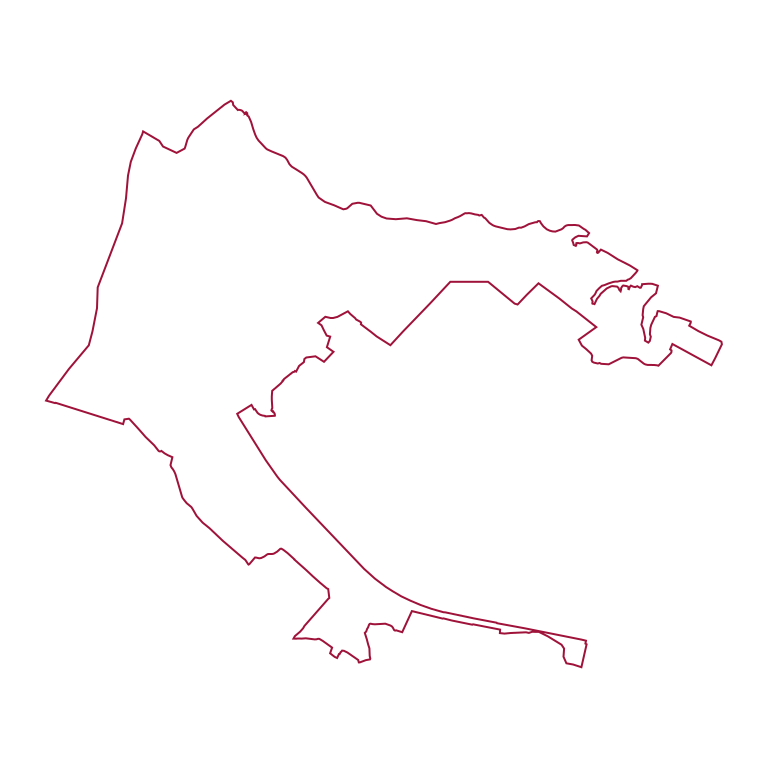 Cernavoda, Constanta, Romania
{"feature_id": "2599482B32404237581022", "entity_name": "Cernavoda", "entity_type": "district", "adm_level": 2, "iso_a3": "ROU", "parent_name": "Romania", "parent_adm1": "Constanta", "projection": "robinson", "projection_center": [28.079, 44.315], "detail": "fine", "context": "isolated", "style": "outline", "palette": "rose", "viewbox_px": 768, "rotation_deg": 0, "n_neighbors": 0, "source": "geoboundaries", "source_scale": "gbopen_adm2", "svg_char_len": 6118}
<svg xmlns="http://www.w3.org/2000/svg" viewBox="0 0 768 768"><path d="M122.1,223.3L97.7,287.4L97.0,308.2L92.5,331.2L88.8,345.3L68.9,369.0L49.1,395.6L46.1,400.6L55.1,403.1L55.7,402.8L123.1,424.1L124.4,419.4L128.9,418.7L130.0,419.6L138.3,428.7L145.6,437.0L154.2,445.3L158.5,450.8L159.2,451.3L159.9,451.4L160.8,451.3L161.4,450.9L164.5,453.3L167.8,455.2L172.4,457.2L170.5,465.1L171.4,467.4L173.0,469.4L174.3,471.6L175.4,474.1L182.2,497.2L182.7,498.1L184.4,500.4L186.7,503.2L191.4,507.1L192.7,509.1L196.6,515.9L202.6,522.6L209.5,528.2L222.9,540.9L242.6,557.8L245.3,559.9L248.3,564.4L248.6,564.6L249.4,564.1L255.0,557.5L256.2,557.6L259.2,558.3L261.2,558.0L264.3,556.5L267.5,554.2L268.7,554.0L272.1,554.0L273.7,553.7L277.1,551.7L280.3,548.8L281.4,548.7L283.3,549.8L287.6,553.1L294.4,559.3L294.3,559.5L306.1,570.0L312.7,576.2L319.9,582.6L326.7,588.3L328.2,589.0L329.3,598.0L328.1,599.0L304.4,626.0L303.1,628.3L300.1,631.7L294.9,636.1L293.5,638.6L296.9,638.7L296.7,638.6L298.5,638.5L301.7,638.6L305.8,638.3L314.7,639.4L316.4,639.3L318.1,638.8L319.4,638.9L322.9,641.0L332.1,647.6L330.1,653.3L334.7,656.9L337.1,658.0L339.0,654.0L339.6,654.1L340.7,652.0L341.2,651.8L342.1,650.6L343.9,650.8L347.4,652.5L358.2,660.0L358.8,662.4L359.8,662.4L366.0,660.1L370.0,659.4L370.3,658.6L369.7,655.9L369.4,648.3L368.2,644.6L366.8,639.2L364.8,632.9L366.2,631.5L367.1,628.9L368.0,627.5L369.1,624.6L369.7,623.9L370.6,623.7L372.5,624.1L374.8,624.3L385.3,623.7L390.4,625.5L391.9,626.4L392.8,627.5L394.1,630.0L395.1,630.6L396.1,630.3L402.2,632.2L411.9,611.1L442.7,618.6L443.5,618.4L451.8,620.5L472.3,624.7L473.0,624.3L500.1,629.6L499.9,633.1L504.5,633.6L510.8,633.0L526.0,632.3L528.9,632.9L532.1,631.8L538.9,631.9L547.8,636.3L561.5,644.7L564.1,648.6L563.5,656.7L566.4,663.3L573.1,664.5L581.4,667.2L586.6,644.3L585.4,643.6L586.0,640.7L581.5,639.6L525.3,628.4L497.0,623.2L496.6,622.7L473.9,618.4L445.5,612.4L443.3,612.2L431.4,608.8L420.6,605.0L410.7,600.8L401.2,596.3L392.6,591.2L386.0,587.0L375.0,578.7L364.1,568.9L305.8,507.7L280.0,480.0L277.2,476.5L265.8,460.3L238.7,417.0L237.2,413.8L251.5,404.9L254.0,409.4L255.0,409.1L257.5,412.8L258.6,413.8L260.3,414.8L262.4,415.5L265.0,415.9L265.3,416.4L274.7,415.8L274.7,415.2L274.9,415.1L274.6,413.5L273.2,411.5L272.9,411.9L271.5,410.6L271.8,410.2L271.6,409.5L272.3,408.0L271.8,399.6L271.8,396.5L272.2,390.8L280.6,383.6L283.1,380.7L282.8,380.5L284.3,378.8L292.7,372.2L294.4,371.7L294.9,371.0L296.1,371.6L299.1,365.9L303.9,362.1L304.4,359.0L306.3,357.5L315.5,356.3L324.0,361.8L333.5,351.8L326.9,347.2L330.2,336.6L326.7,335.6L323.9,330.3L321.5,325.3L318.1,322.9L325.3,316.8L330.6,318.0L333.1,318.0L337.4,316.9L347.9,311.3L350.2,313.9L355.2,318.2L356.1,319.5L359.8,321.5L360.9,322.3L361.2,323.0L360.9,324.3L371.0,331.9L376.6,336.4L390.4,345.2L403.2,331.3L430.1,303.4L450.3,281.8L488.1,281.8L514.6,303.6L517.6,304.5L526.6,295.0L538.5,283.3L559.3,298.5L571.8,308.5L576.4,311.4L596.3,327.1L578.7,339.7L581.9,345.6L586.2,349.1L591.1,353.6L592.2,355.8L591.6,360.3L592.3,361.8L593.9,362.6L597.8,363.5L599.6,363.0L601.1,363.8L608.7,364.3L621.6,357.8L623.3,357.4L635.8,358.2L637.8,358.9L643.6,363.5L645.3,364.4L647.5,364.9L654.1,365.0L657.1,365.3L658.4,365.7L670.9,353.1L671.4,352.2L671.5,350.4L670.1,349.4L672.4,344.0L711.4,365.3L715.1,358.3L721.9,344.3L721.4,341.7L718.9,340.3L707.5,335.6L698.4,331.1L689.2,325.7L690.7,322.8L690.8,321.5L679.6,317.6L673.7,316.9L666.3,313.3L658.9,311.1L657.7,311.1L657.1,313.2L656.5,316.1L654.9,316.9L651.2,324.8L650.4,327.9L649.9,334.2L650.8,336.7L649.8,341.0L648.3,342.6L644.9,340.6L645.2,337.9L643.3,329.0L641.4,324.7L643.2,317.2L642.6,315.2L643.2,309.1L643.8,306.2L651.1,297.3L656.0,293.3L657.9,285.7L652.1,283.8L648.8,283.7L642.1,284.2L642.1,285.0L640.8,287.7L639.9,287.8L637.3,286.2L635.2,287.1L633.3,286.7L630.9,285.6L629.9,286.7L628.9,289.2L628.4,289.0L628.4,287.2L627.8,286.5L626.1,286.0L623.2,285.5L622.1,286.5L621.1,288.2L621.1,289.5L620.6,291.3L619.3,289.9L618.4,287.8L617.1,286.6L612.5,286.1L611.2,286.3L606.8,288.4L600.7,293.8L599.4,296.0L597.0,298.8L594.5,304.1L593.7,303.8L592.5,303.7L592.3,303.3L592.6,301.3L591.2,298.4L594.7,294.7L595.4,293.5L596.5,291.0L599.2,288.2L601.9,285.8L604.5,285.1L608.4,283.5L613.4,281.9L615.4,281.6L617.5,281.6L620.8,280.8L626.3,280.8L627.7,279.7L629.0,279.3L630.9,278.1L636.0,272.6L637.3,270.9L637.5,270.3L629.9,265.5L617.7,259.3L607.5,252.8L600.9,249.6L598.2,252.7L597.4,252.9L596.9,252.2L597.4,250.4L597.0,249.5L587.8,242.6L586.4,242.2L583.2,242.4L579.9,243.4L578.0,243.0L576.4,243.1L576.1,244.5L576.4,244.8L575.8,245.9L573.7,245.0L573.1,242.6L572.2,240.4L572.4,239.7L575.3,237.3L578.5,235.8L587.0,236.4L589.1,233.1L585.3,229.7L583.9,229.0L578.9,225.5L575.1,225.0L568.0,225.1L566.3,225.5L564.5,226.6L563.3,228.0L561.5,229.3L555.4,231.6L552.5,231.4L549.8,230.7L546.8,229.3L543.4,226.4L540.9,223.1L539.9,221.2L538.8,221.0L537.7,221.3L537.0,222.2L535.1,222.3L528.8,224.1L524.6,226.4L521.1,227.7L519.0,227.6L515.3,229.0L510.6,229.4L507.4,229.2L495.8,226.4L494.1,225.8L492.8,225.2L490.5,223.7L489.2,222.7L485.2,218.2L484.0,217.6L481.7,214.9L479.2,215.5L478.3,214.9L475.0,214.4L471.2,213.4L468.9,213.1L466.7,213.3L465.6,213.2L464.7,213.4L460.3,216.0L457.7,217.2L455.0,218.2L452.1,219.8L450.1,220.6L445.0,222.2L439.5,223.1L436.0,224.0L426.1,221.2L416.9,220.1L406.9,218.3L395.8,219.2L386.6,218.5L381.5,216.7L377.0,213.8L370.7,205.5L359.3,202.8L357.6,202.8L352.3,203.8L347.2,208.3L346.0,208.8L343.3,209.3L334.2,205.3L324.9,201.9L318.6,197.5L316.8,194.8L306.8,177.8L305.5,176.1L303.9,174.5L301.7,172.9L292.0,166.8L291.1,166.0L289.4,164.1L287.1,159.8L285.4,157.6L283.3,156.2L271.6,151.4L267.2,149.4L265.8,148.3L258.5,140.5L256.6,137.7L255.2,134.6L253.3,129.3L251.1,121.9L248.7,116.5L247.3,115.5L247.0,114.7L247.3,114.3L246.6,113.7L246.1,113.8L247.0,113.0L246.1,112.2L244.6,113.5L242.3,110.9L241.5,110.4L239.7,109.9L238.2,109.8L237.8,110.0L233.2,105.0L232.8,102.3L230.9,100.8L224.5,104.6L207.2,118.4L197.9,126.8L193.8,129.4L188.3,137.7L187.3,139.9L185.2,147.1L184.6,148.6L176.6,152.9L163.0,146.5L159.3,140.9L143.1,131.4L142.3,134.2L135.8,148.4L130.8,161.8L128.0,175.6L126.0,198.3L122.1,223.3Z" fill="none" stroke="#9f1239" stroke-width="2"/></svg>